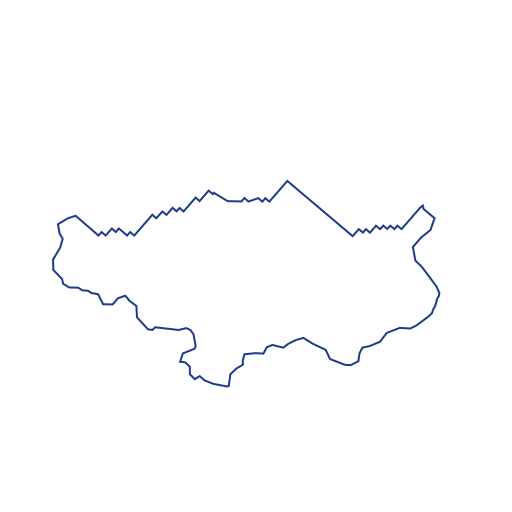 the district of Douglas, Washington, United States of America, rotated 221°
{"feature_id": "52423323B13167206159035", "entity_name": "Douglas", "entity_type": "district", "adm_level": 2, "iso_a3": "USA", "parent_name": "United States of America", "parent_adm1": "Washington", "projection": "natural_earth1", "projection_center": [-119.676, 47.685], "detail": "fine", "context": "isolated", "style": "outline", "palette": "blue", "viewbox_px": 512, "rotation_deg": 221, "n_neighbors": 0, "source": "geoboundaries", "source_scale": "gbopen_adm2", "svg_char_len": 1741}
<svg xmlns="http://www.w3.org/2000/svg" viewBox="0 0 512 512"><g transform="rotate(221 256 256)"><path d="M163.2,403.5L163.8,400.2L163.8,371.8L169.2,371.6L169.2,367.1L174.5,367.0L174.7,362.6L179.9,362.4L179.9,357.7L185.3,357.6L185.3,348.4L190.6,348.4L190.7,343.8L196.0,343.7L196.1,334.4L281.6,333.2L281.6,305.8L286.9,305.8L286.8,301.2L292.2,301.2L297.5,292.1L302.8,292.2L302.8,287.6L313.4,278.8L329.3,276.0L329.3,274.3L334.6,274.3L334.6,260.5L339.9,260.5L339.9,242.1L345.2,242.1L345.3,237.6L350.6,237.6L350.5,228.3L355.9,228.2L356.0,219.1L361.3,219.1L361.3,191.5L366.7,191.5L366.7,186.9L377.5,186.8L377.5,182.1L382.8,182.2L382.9,172.8L388.2,172.8L388.3,168.1L418.5,168.0L422.7,161.1L426.3,150.0L418.9,144.1L413.2,142.2L409.3,133.8L406.8,120.1L399.8,112.5L387.3,111.4L383.2,108.5L376.4,109.7L369.4,115.4L364.2,116.3L360.4,119.4L355.9,120.1L350.1,123.6L339.7,119.3L332.5,125.3L332.4,133.7L328.6,140.3L321.9,139.2L313.5,139.8L305.5,131.6L289.4,129.8L285.7,132.2L285.3,136.1L266.0,149.3L261.2,155.9L257.1,157.1L251.8,155.9L242.7,148.7L241.5,145.8L247.3,134.4L243.8,126.4L239.7,129.3L233.3,129.0L228.3,123.4L221.4,122.9L219.7,128.4L213.0,128.4L204.3,131.5L192.3,138.5L191.3,140.1L197.8,150.0L197.0,158.1L194.6,165.5L197.5,168.5L200.2,174.3L192.8,182.2L186.4,187.2L188.0,194.2L185.3,199.6L175.2,204.8L174.0,211.0L170.7,218.9L166.5,225.3L155.7,227.0L141.7,230.9L132.6,226.8L117.5,232.2L113.0,235.7L109.7,243.7L114.0,250.4L115.6,256.7L111.1,262.6L106.1,272.7L106.9,283.6L100.4,296.0L92.1,302.4L89.5,308.2L86.1,323.7L85.7,328.2L87.2,332.0L88.1,336.1L91.1,342.2L91.9,346.1L93.5,348.5L100.1,351.5L123.7,356.6L132.7,357.1L143.5,365.7L143.5,378.0L141.4,390.1L146.0,401.7L160.2,401.4L163.2,403.5Z" fill="none" stroke="#1e3a8a" stroke-width="2"/></g></svg>